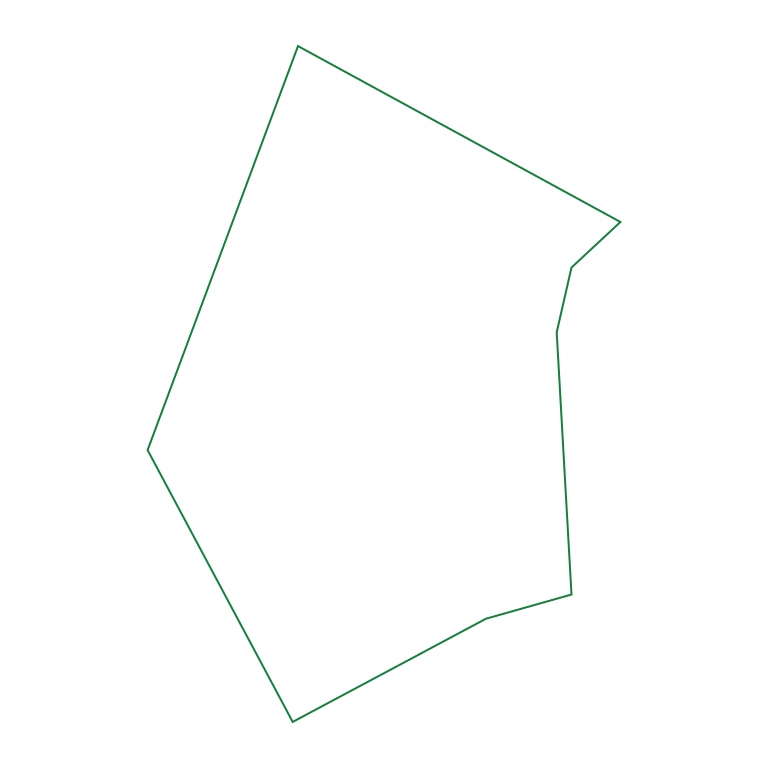 outline of Mandaue
{"feature_id": "PHL-5523", "entity_name": "Mandaue", "entity_type": "Highly Urbanized City", "adm_level": 1, "iso_a3": "PHL", "parent_name": "Philippines", "parent_adm1": "", "projection": "orthographic", "projection_center": [123.958, 10.355], "detail": "fine", "context": "isolated", "style": "outline", "palette": "green", "viewbox_px": 768, "rotation_deg": 0, "n_neighbors": 0, "source": "natural_earth", "source_scale": "10m", "svg_char_len": 234}
<svg xmlns="http://www.w3.org/2000/svg" viewBox="0 0 768 768"><path d="M620.4,222.0L571.5,267.5L556.7,332.3L571.5,594.5L486.0,618.7L292.7,721.9L147.6,450.1L298.0,46.1L620.4,222.0Z" fill="none" stroke="#15803d" stroke-width="2"/></svg>